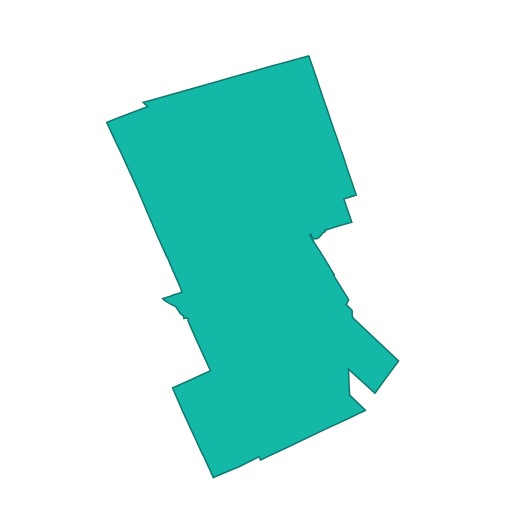 Unirea, Dolj, Romania (Robinson projection), rotated 65°
{"feature_id": "2599482B28955327165277", "entity_name": "Unirea", "entity_type": "district", "adm_level": 2, "iso_a3": "ROU", "parent_name": "Romania", "parent_adm1": "Dolj", "projection": "robinson", "projection_center": [23.169, 44.16], "detail": "fine", "context": "isolated", "style": "filled", "palette": "teal", "viewbox_px": 512, "rotation_deg": 65, "n_neighbors": 0, "source": "geoboundaries", "source_scale": "gbopen_adm2", "svg_char_len": 5938}
<svg xmlns="http://www.w3.org/2000/svg" viewBox="0 0 512 512"><g transform="rotate(65 256 256)"><path d="M442.9,338.0L442.8,336.8L442.7,331.8L442.7,308.0L442.2,264.1L442.4,242.1L442.2,231.1L442.2,228.9L442.3,223.5L442.2,222.7L442.1,222.0L421.6,229.9L411.3,225.8L397.7,220.0L402.0,218.2L412.7,213.7L423.4,209.2L430.7,206.2L428.3,202.0L425.1,196.3L421.0,188.8L413.5,175.1L411.6,171.4L411.4,171.1L406.6,173.0L400.3,175.5L394.9,177.7L391.5,179.0L388.3,180.3L383.9,182.1L375.0,185.6L369.3,187.9L363.7,190.1L358.9,192.0L354.8,193.6L353.3,194.1L351.6,194.1L350.3,193.9L348.7,193.1L347.2,192.4L346.5,192.1L345.8,192.0L344.4,192.4L341.7,193.4L339.3,194.3L338.0,194.8L337.9,194.5L335.1,190.7L334.7,190.5L326.3,191.5L312.1,193.2L305.9,193.9L306.0,193.0L305.1,193.1L302.7,193.4L300.1,193.8L298.2,193.9L295.7,194.1L290.8,194.7L287.1,195.0L285.1,195.3L283.0,195.6L281.1,195.8L279.3,196.0L276.8,196.4L273.8,196.8L269.1,197.5L266.3,197.7L259.7,198.4L259.8,196.8L260.3,197.3L260.9,197.4L262.0,197.3L263.3,197.4L264.1,197.4L265.1,195.8L265.7,194.6L266.0,193.7L266.1,192.7L266.0,192.0L265.8,191.3L265.3,189.8L264.5,187.8L263.6,186.4L263.3,186.0L263.3,185.6L263.2,184.9L263.3,183.9L263.3,183.2L263.0,182.9L262.5,182.8L261.8,182.8L263.0,173.2L264.1,165.5L265.9,154.9L241.4,152.3L243.2,139.4L231.5,138.1L226.3,137.6L219.1,136.8L215.5,136.4L209.7,135.7L206.5,135.2L199.9,134.5L195.0,134.2L188.7,133.4L173.7,131.9L169.7,131.5L168.6,131.4L167.0,131.2L165.5,131.0L163.5,130.8L157.8,130.1L156.7,130.1L156.3,129.9L151.9,129.4L146.8,129.0L109.3,124.8L97.1,123.6L96.9,123.8L96.7,124.5L95.9,129.9L95.4,132.2L95.1,134.6L94.7,136.6L93.7,143.0L90.7,159.7L85.5,192.2L79.6,228.9L79.4,230.5L79.1,232.6L78.6,235.3L78.3,237.4L77.8,240.0L77.5,242.1L77.1,244.6L76.5,248.2L76.1,250.7L75.6,253.6L75.3,255.9L74.8,258.6L74.3,261.7L73.9,264.2L73.0,270.0L72.3,273.9L71.8,277.3L71.3,280.1L70.6,284.7L69.4,291.7L69.3,292.8L69.2,293.1L69.1,293.3L69.9,293.0L72.8,291.9L74.9,291.2L74.8,291.6L74.7,293.1L74.6,294.5L74.5,295.9L74.4,297.4L74.3,298.8L74.2,300.3L74.1,301.7L73.9,303.0L73.7,306.4L73.7,306.7L73.6,307.1L73.6,307.4L73.6,307.8L73.5,308.2L73.5,308.5L73.5,308.9L73.5,309.2L73.4,309.6L73.4,310.0L73.4,310.3L73.3,310.7L73.3,311.1L73.3,311.4L73.3,311.8L73.3,312.2L73.2,313.0L73.1,314.7L73.0,315.5L73.0,316.4L72.9,317.2L72.8,318.1L72.8,318.9L72.7,319.7L72.6,321.5L72.6,322.3L72.5,323.2L72.4,324.0L72.4,324.9L72.3,325.8L72.3,326.6L72.2,327.4L72.2,328.3L72.1,330.2L71.9,334.6L72.0,334.9L74.1,334.8L80.0,334.9L98.0,334.9L98.4,334.8L99.7,334.8L100.7,334.8L101.6,334.8L103.1,334.8L104.3,334.7L105.4,334.7L105.9,334.7L106.2,334.7L106.5,334.8L107.5,334.7L109.2,334.7L110.1,334.7L110.7,334.7L111.4,334.7L112.0,334.7L112.3,334.8L112.7,334.8L113.1,334.7L113.4,334.7L114.0,334.7L114.5,334.8L115.0,334.8L115.5,334.8L116.2,334.8L116.8,334.8L117.5,334.8L118.2,334.9L119.5,334.9L125.5,334.9L137.5,335.0L145.1,335.1L152.1,335.4L163.8,335.8L170.2,336.1L174.2,336.2L174.8,336.2L175.2,336.2L176.5,336.2L177.6,336.3L178.8,336.3L179.8,336.3L181.7,336.4L183.5,336.4L185.8,336.6L187.0,336.6L187.9,336.6L188.8,336.6L189.7,336.7L191.5,336.7L193.2,336.8L194.8,336.8L195.8,336.9L197.5,336.9L199.2,336.9L201.0,336.9L202.3,336.9L204.7,337.0L206.2,337.0L207.5,337.1L209.0,337.1L211.4,337.1L213.3,337.1L213.9,337.2L214.5,337.2L215.2,337.2L216.3,337.2L217.2,337.3L217.6,337.3L218.3,337.3L218.6,337.2L219.3,337.1L219.8,337.0L220.7,337.0L221.4,337.0L222.6,337.0L224.1,337.1L225.2,337.1L226.3,337.2L226.9,337.3L227.7,337.3L229.3,337.3L230.1,337.3L230.6,337.3L231.0,337.4L231.6,337.4L232.6,337.4L233.4,337.5L234.5,337.5L235.5,337.5L236.2,337.5L237.1,337.5L237.9,337.5L238.9,337.6L239.9,337.6L240.8,337.6L241.6,337.6L242.3,337.7L242.9,337.7L243.9,337.7L244.4,337.7L244.9,337.6L245.5,337.7L245.8,337.7L246.6,337.8L247.1,337.8L247.8,337.7L248.1,337.6L248.3,337.6L248.6,337.8L249.2,337.8L250.0,337.8L250.6,337.8L251.1,337.8L251.7,337.8L252.2,337.8L253.1,337.9L253.8,338.0L254.4,338.1L254.9,338.1L255.4,338.2L255.7,338.2L256.1,338.3L256.4,338.5L256.6,338.5L257.3,338.5L257.6,338.5L257.4,340.1L257.3,341.0L257.0,342.9L256.7,345.2L256.4,347.1L256.2,348.9L256.5,348.9L255.8,353.8L255.1,358.6L255.7,358.4L258.8,357.0L264.3,353.1L266.8,350.9L268.6,350.1L271.2,349.6L275.3,349.1L276.9,348.6L279.1,347.2L282.2,347.7L282.9,344.9L284.6,343.8L285.1,344.5L285.9,344.9L291.9,345.2L316.0,345.6L332.9,345.7L340.5,345.7L340.5,346.0L340.7,346.3L340.7,347.1L340.7,350.0L340.6,358.3L340.6,367.8L340.2,387.4L341.2,387.4L341.7,387.4L342.2,387.5L342.7,387.5L343.2,387.5L343.7,387.5L344.2,387.5L344.7,387.5L345.3,387.5L345.9,387.6L346.4,387.6L347.0,387.6L347.6,387.6L348.1,387.6L348.7,387.6L349.3,387.6L349.8,387.7L350.4,387.7L350.9,387.7L351.4,387.7L351.9,387.7L352.5,387.7L353.0,387.7L353.5,387.8L354.6,387.8L355.2,387.8L355.7,387.8L356.3,387.8L356.9,387.9L357.5,387.9L358.0,387.9L358.6,387.9L359.2,387.9L359.7,387.9L360.2,387.9L360.8,387.9L361.3,387.9L361.8,388.0L362.3,388.0L362.9,388.0L363.4,388.0L363.9,388.0L364.5,388.0L365.0,388.1L365.3,388.1L365.8,388.1L366.3,388.1L366.7,388.1L367.2,388.1L367.8,388.1L368.3,388.1L368.9,388.1L369.4,388.1L370.0,388.1L370.5,388.1L371.1,388.1L372.6,388.1L373.8,388.1L375.2,388.1L378.2,388.1L382.6,388.2L384.1,388.2L385.6,388.2L387.0,388.2L388.4,388.2L389.7,388.2L391.1,388.2L392.4,388.2L393.8,388.2L395.3,388.2L396.7,388.2L398.2,388.2L399.7,388.2L402.6,388.3L404.1,388.3L405.6,388.3L408.5,388.3L410.0,388.3L411.4,388.3L412.9,388.3L413.1,388.3L413.3,388.3L413.3,388.2L413.5,388.2L415.5,388.1L416.1,388.1L416.8,388.1L417.5,388.1L418.9,388.1L420.5,388.1L420.8,388.1L421.5,388.1L422.2,388.2L423.0,388.2L423.8,388.2L424.5,388.2L425.3,388.2L426.0,388.2L426.8,388.2L427.5,388.2L429.0,388.2L429.7,388.2L431.3,388.2L432.0,388.2L432.7,388.3L433.5,388.3L435.0,388.3L435.8,388.3L436.5,388.3L437.3,388.3L438.8,388.4L438.9,383.2L439.3,373.5L439.6,365.8L439.9,361.1L439.2,338.7L439.4,338.3L439.9,338.0L440.5,338.0L441.2,338.0L442.0,338.0L442.7,338.0L442.9,338.0Z" fill="#14b8a6" stroke="#0f766e" stroke-width="1.5"/></g></svg>